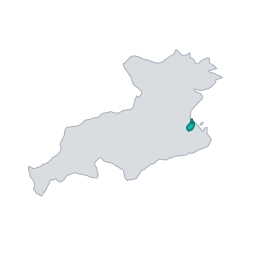 Jongju City, P'yŏngan-bukto, North Korea shown in context, rotated 198°
{"feature_id": "82179303B20654085451729", "entity_name": "Jongju City", "entity_type": "district", "adm_level": 2, "iso_a3": "PRK", "parent_name": "North Korea", "parent_adm1": "P'yŏngan-bukto", "projection": "equal_earth", "projection_center": [125.249, 39.696], "detail": "fine", "context": "in_parent", "style": "filled", "palette": "teal", "viewbox_px": 256, "rotation_deg": 198, "n_neighbors": 0, "source": "geoboundaries", "source_scale": "gbopen_adm2", "svg_char_len": 3955}
<svg xmlns="http://www.w3.org/2000/svg" viewBox="0 0 256 256"><g transform="rotate(198 128 128)"><path d="M152.5,187.6L151.5,188.1L150.0,191.1L148.5,194.9L147.1,196.9L145.4,198.0L143.6,198.7L140.1,199.0L136.8,198.7L135.8,198.3L131.3,198.5L130.1,198.8L123.7,198.5L120.4,198.8L118.3,199.5L116.1,201.1L114.3,203.4L112.7,205.8L109.3,210.3L107.0,212.5L107.0,215.7L107.0,216.6L106.2,217.3L105.9,217.0L104.5,216.8L99.1,213.9L94.6,215.6L93.5,217.9L92.3,218.7L90.5,214.2L87.6,214.0L82.9,210.1L81.0,210.9L80.4,212.5L77.9,216.1L74.4,219.1L73.2,219.5L71.9,219.3L72.1,218.5L70.6,215.1L65.0,213.7L63.0,212.3L62.0,212.0L67.5,208.2L68.9,207.6L67.9,206.7L66.7,206.3L62.2,206.8L59.8,205.6L56.4,206.0L54.0,205.0L59.0,201.3L59.2,199.2L59.1,197.5L61.6,192.6L64.1,189.9L70.6,186.1L73.4,185.6L75.5,185.7L77.1,185.4L75.4,183.9L73.7,183.2L70.3,183.4L66.9,181.2L66.5,178.9L73.3,164.3L73.4,162.9L72.3,159.4L72.0,155.9L67.2,153.9L65.0,153.7L58.9,149.8L56.4,147.9L55.5,148.4L55.3,151.5L54.4,152.2L52.8,152.8L52.0,149.3L50.7,146.7L46.6,144.1L45.1,142.7L45.9,139.6L45.5,139.3L46.2,135.8L48.7,133.1L54.8,128.3L56.4,126.1L59.5,123.5L60.9,123.5L62.3,123.3L62.8,122.1L63.1,121.2L64.3,120.4L67.3,119.0L70.7,117.1L73.4,116.5L76.7,113.7L78.1,112.4L79.4,112.4L79.8,111.8L80.6,110.4L81.6,109.4L83.1,109.2L85.5,108.5L88.5,108.1L90.5,105.7L91.2,104.0L92.5,102.1L95.4,100.0L97.4,97.0L99.5,93.7L100.6,92.7L101.6,92.5L102.2,91.2L102.9,87.7L103.8,84.3L104.4,82.7L106.9,81.0L107.6,80.2L108.1,79.9L109.3,80.1L110.8,79.1L112.3,77.9L113.6,78.3L115.0,79.3L116.5,81.2L117.1,82.6L118.2,83.9L118.5,85.7L119.6,86.5L122.0,86.9L125.9,88.1L128.5,88.2L129.9,89.1L133.0,89.6L139.0,88.9L141.5,89.3L142.6,90.5L144.1,91.4L145.1,91.4L146.4,89.9L147.8,87.4L148.7,85.4L148.7,83.9L147.8,82.2L145.8,80.7L144.5,78.4L143.2,75.9L142.4,75.1L141.8,73.9L141.7,72.1L142.1,70.9L145.1,70.1L148.9,69.6L152.1,70.1L157.3,69.7L160.5,69.1L162.8,69.2L165.0,69.1L166.0,68.1L169.0,65.6L170.4,64.7L172.0,63.0L172.2,61.2L172.5,59.8L173.4,58.2L174.9,56.3L176.3,55.5L177.8,55.6L179.4,56.5L180.4,57.3L181.6,57.1L182.5,55.6L183.1,55.3L184.9,55.2L185.5,54.2L186.1,49.9L186.7,46.4L186.8,44.0L188.3,40.0L188.8,37.6L189.7,36.5L190.8,36.6L191.8,37.3L193.0,37.7L194.5,37.3L195.6,37.9L196.3,39.2L198.7,40.1L198.9,40.7L199.0,45.1L200.3,47.1L202.0,48.9L204.4,50.6L205.7,51.0L206.5,52.2L207.2,54.3L208.9,56.3L209.9,57.7L210.1,59.3L210.9,60.1L209.6,61.1L207.8,60.5L204.9,60.2L201.2,63.1L199.2,64.2L197.8,67.1L194.9,68.9L193.4,70.8L191.4,74.0L190.1,77.1L187.0,80.3L185.3,84.3L185.3,87.8L187.4,91.3L187.6,94.3L186.3,100.5L187.3,107.1L186.4,109.7L176.8,114.2L174.4,116.5L170.9,122.4L166.6,124.6L163.9,127.0L160.2,128.4L157.9,132.5L155.3,134.9L152.2,136.3L149.9,138.2L144.6,138.3L141.0,139.6L138.4,143.0L130.5,147.0L129.4,150.0L130.0,154.7L130.1,158.2L129.4,161.1L127.7,160.3L126.8,161.3L125.8,164.0L126.1,167.1L128.8,168.1L131.1,169.3L134.2,170.0L136.6,171.4L141.6,177.9L145.6,180.8L146.7,181.9L149.1,183.3L151.2,185.6L152.5,187.6ZM59.9,155.6L58.4,156.6L58.3,154.8L59.5,153.3L60.6,153.1L59.9,155.6Z" fill="#d9dde1" stroke="#a8b0b8" stroke-width="1"/><path d="M66.7,145.9L66.8,146.3L66.9,146.8L66.6,147.4L66.1,148.0L65.9,148.8L65.8,149.4L65.8,149.7L65.8,150.6L65.9,151.3L66.0,151.8L66.2,152.5L66.6,153.2L67.1,153.6L67.5,153.6L67.8,153.4L68.2,153.1L68.3,153.0L68.4,152.5L68.5,152.3L68.8,152.4L69.2,152.2L69.4,152.1L69.3,152.4L68.9,152.5L68.7,152.6L68.4,153.2L68.3,153.6L68.3,153.8L68.2,153.9L68.2,154.1L68.1,154.3L68.5,154.3L68.6,154.6L69.0,154.8L69.1,155.2L69.2,155.3L69.5,155.3L69.4,155.6L69.6,156.2L69.9,156.2L70.1,156.1L70.6,156.0L70.5,155.7L70.5,155.4L70.4,155.1L70.3,154.9L70.2,154.5L70.3,153.9L70.2,153.3L70.4,153.0L70.3,152.5L70.4,151.7L70.7,150.9L71.1,150.1L71.5,149.6L72.0,148.7L72.2,147.9L72.2,147.2L72.1,146.6L72.1,146.3L72.0,146.1L71.7,145.6L71.4,145.1L71.0,145.2L70.9,145.2L70.6,145.1L70.3,144.7L70.1,144.1L69.7,143.8L69.3,144.1L68.6,144.6L68.4,144.9L67.9,145.3L67.1,145.8L66.7,145.9Z" fill="#14b8a6" stroke="#0f766e" stroke-width="1.5"/></g></svg>